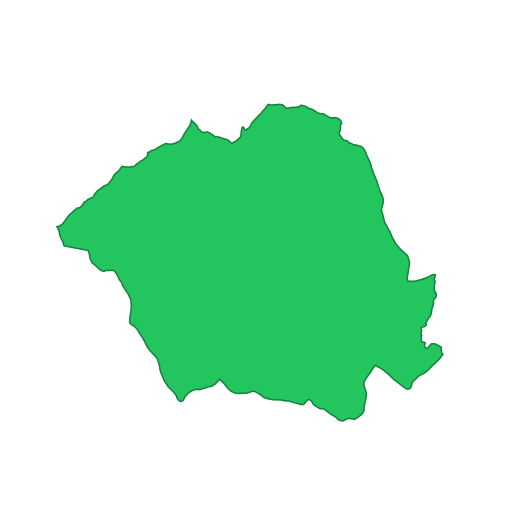 Vetas, Santander, Colombia, rotated 100°
{"feature_id": "7082276B44126561494717", "entity_name": "Vetas", "entity_type": "district", "adm_level": 2, "iso_a3": "COL", "parent_name": "Colombia", "parent_adm1": "Santander", "projection": "mercator", "projection_center": [-72.897, 7.32], "detail": "fine", "context": "isolated", "style": "filled", "palette": "green", "viewbox_px": 512, "rotation_deg": 100, "n_neighbors": 0, "source": "geoboundaries", "source_scale": "gbopen_adm2", "svg_char_len": 6065}
<svg xmlns="http://www.w3.org/2000/svg" viewBox="0 0 512 512"><g transform="rotate(100 256 256)"><path d="M133.5,343.2L137.0,343.3L139.3,343.9L143.2,345.8L145.3,346.5L146.3,347.2L147.5,347.3L148.5,348.0L152.4,349.1L154.7,350.3L156.2,351.4L157.1,352.5L157.2,352.9L158.8,354.8L159.6,356.9L160.6,358.2L160.6,360.2L160.9,361.2L160.9,364.4L166.1,371.3L166.6,371.7L169.4,374.8L169.6,375.8L170.1,376.7L170.2,377.2L170.9,378.1L171.6,378.4L172.5,379.3L172.6,380.5L173.2,380.7L173.8,380.4L176.2,380.4L178.6,381.6L179.1,382.7L180.3,383.3L182.8,386.3L185.7,388.8L186.4,389.8L187.9,390.6L188.9,391.5L189.3,392.5L189.4,393.7L189.7,394.1L189.9,395.0L190.6,396.4L190.8,399.5L191.0,400.5L190.8,402.5L190.9,402.9L191.3,403.5L192.7,404.5L194.0,405.0L196.4,406.3L197.4,407.0L197.7,407.4L197.6,407.7L200.8,409.7L201.4,409.8L202.2,410.3L203.9,410.7L206.0,411.5L208.9,413.1L210.2,413.4L212.7,416.5L212.9,417.3L217.5,421.8L220.3,424.1L222.1,425.0L222.8,425.7L224.6,426.0L226.7,427.0L227.8,429.0L229.6,431.5L230.7,432.1L231.0,432.5L232.2,433.4L232.6,434.4L233.8,435.1L235.4,435.4L235.8,435.8L236.7,435.9L237.3,436.6L239.1,437.7L239.2,438.9L240.0,439.8L239.2,439.4L241.2,441.7L242.6,442.9L246.0,445.3L247.4,446.7L251.1,448.7L254.1,450.0L254.6,450.4L257.0,451.6L257.5,451.6L259.6,453.7L260.9,455.2L261.3,455.9L261.6,457.2L264.1,455.2L267.2,453.6L268.2,453.4L269.4,452.9L272.4,451.1L276.2,448.2L279.1,447.1L279.4,446.1L279.4,444.6L279.7,422.9L280.5,421.7L281.5,421.2L282.9,420.7L284.9,419.6L286.1,419.6L287.2,419.0L290.5,416.7L291.5,415.6L293.7,411.6L296.7,407.2L297.3,405.8L297.5,403.0L296.4,401.1L296.0,400.0L296.0,398.8L295.0,395.9L295.0,394.7L295.3,393.0L296.2,391.8L298.7,389.5L303.2,386.3L304.7,384.3L308.4,382.1L311.4,379.4L315.0,375.8L319.9,372.3L321.7,371.4L324.2,370.8L325.9,370.2L327.1,370.2L329.6,369.7L338.8,369.5L342.2,369.0L343.3,369.0L345.1,367.1L346.5,363.4L348.4,360.8L357.6,352.4L364.6,347.1L366.7,345.0L370.1,340.7L372.2,337.7L374.3,335.4L380.4,332.2L385.9,330.3L394.8,324.6L400.0,319.8L404.7,313.0L406.8,310.8L410.1,308.7L411.7,306.9L412.3,305.6L412.3,304.6L411.5,303.1L409.5,302.1L407.1,301.7L406.4,301.1L403.2,299.2L401.6,297.7L399.3,295.0L398.3,293.3L397.6,290.6L397.4,289.3L397.5,288.4L394.2,282.0L393.3,280.5L392.1,277.3L389.5,274.2L383.5,270.2L385.1,268.5L386.9,265.7L391.5,260.3L393.2,257.8L394.4,254.2L394.7,250.8L392.7,241.3L389.7,235.6L389.7,233.2L390.7,230.3L392.1,227.1L393.8,224.3L394.6,219.6L394.5,217.5L394.6,214.1L393.5,206.9L393.6,202.1L393.1,198.5L393.8,192.7L394.5,184.6L393.3,182.9L389.1,180.5L388.3,179.1L388.3,178.1L389.2,176.2L391.4,174.5L392.9,172.5L395.4,166.2L394.9,164.0L394.9,162.5L396.7,158.8L397.3,157.9L399.1,154.4L399.7,152.4L401.5,148.2L402.7,147.1L403.5,144.1L403.5,142.3L402.8,140.9L400.0,137.3L399.6,133.4L399.9,130.8L397.6,128.0L394.2,124.9L392.1,123.5L389.2,122.8L386.5,123.3L374.6,123.0L370.4,124.1L367.5,125.8L364.3,127.3L361.3,127.7L357.7,126.5L349.8,122.6L345.9,121.2L343.0,119.5L345.6,111.9L349.9,104.3L353.6,99.1L355.4,95.3L358.6,89.4L360.7,85.0L360.8,83.3L359.9,81.6L359.0,80.9L357.9,80.6L352.5,79.8L348.9,76.9L346.8,75.7L344.8,73.5L341.7,69.4L337.7,66.1L332.6,62.8L332.2,62.3L325.8,57.6L323.6,56.4L322.3,56.0L321.2,55.1L320.4,54.8L320.0,55.5L319.3,56.1L318.3,56.6L315.7,57.4L313.7,57.8L313.3,58.2L312.9,59.9L312.5,60.4L312.5,61.1L311.5,63.6L311.4,64.5L311.7,65.6L311.8,67.8L313.9,69.3L315.8,70.2L316.7,70.8L316.9,71.3L317.0,72.3L316.7,73.7L316.3,74.1L315.6,74.5L313.2,74.4L312.3,74.2L311.9,74.5L311.9,77.0L311.1,78.3L308.7,78.8L307.9,79.3L305.3,79.0L304.8,79.1L304.4,79.8L303.2,80.1L300.9,79.9L300.3,80.0L299.2,80.7L298.2,81.0L297.8,80.8L297.2,80.2L296.4,78.1L295.6,77.2L295.3,76.8L294.2,76.2L293.6,76.2L292.8,77.1L292.0,77.1L291.5,77.0L290.8,76.4L290.2,76.4L288.3,75.5L286.8,75.2L285.8,74.2L283.0,73.5L277.2,73.6L274.9,73.0L271.8,73.0L269.3,73.4L268.1,73.4L267.1,72.9L266.0,72.0L264.4,71.5L262.2,71.7L260.8,72.7L259.6,73.9L258.6,74.4L256.2,75.0L254.9,75.1L254.4,75.3L250.7,75.1L249.6,75.4L248.4,76.3L247.7,76.5L243.8,75.9L243.3,76.3L243.2,77.2L244.0,79.1L244.9,80.5L246.5,82.2L249.2,86.7L250.9,90.0L253.2,95.4L253.6,96.5L253.6,97.3L254.1,99.8L254.3,102.3L252.4,103.2L237.5,103.5L234.9,103.8L233.7,104.6L230.6,106.1L229.2,107.0L224.7,114.2L222.1,117.6L219.4,120.8L216.2,123.1L214.6,124.7L208.3,128.6L207.2,129.9L203.6,132.5L200.7,134.9L198.9,135.8L199.1,135.8L192.9,138.5L190.0,140.2L187.7,140.5L184.4,140.3L183.0,140.0L178.8,140.2L177.2,141.0L175.3,141.7L170.5,145.2L161.1,150.1L153.4,155.1L151.5,155.9L150.1,156.9L148.4,157.8L146.7,158.4L142.5,160.9L137.8,164.3L136.1,165.2L133.6,166.9L131.8,168.5L130.4,170.2L129.9,171.4L129.7,174.3L129.4,175.3L129.4,177.6L129.5,179.0L129.3,180.1L128.8,181.1L128.5,183.2L128.1,184.3L126.6,186.5L126.7,189.0L125.3,191.9L123.4,193.2L121.3,195.3L120.7,195.7L118.9,195.0L116.5,194.8L112.3,195.5L111.5,195.3L110.9,194.6L110.6,194.5L109.0,195.9L107.9,195.9L107.6,196.3L106.5,198.6L106.0,200.1L106.1,202.6L107.1,206.5L106.9,206.7L106.3,209.1L104.4,213.8L104.3,215.5L104.6,217.5L104.4,219.8L102.0,225.4L101.6,227.0L101.8,227.4L101.6,228.2L101.5,229.8L100.9,230.7L100.6,231.9L100.2,232.3L99.7,235.4L99.8,238.0L101.9,240.1L102.2,241.0L102.3,242.3L103.0,243.4L103.0,244.5L103.8,247.7L105.0,250.8L104.7,253.1L103.4,254.4L103.1,254.9L102.6,256.5L102.5,257.7L102.5,259.4L103.0,260.5L103.8,264.4L104.7,266.5L104.5,270.0L104.8,270.5L105.2,270.7L109.9,273.0L111.9,274.5L113.8,275.4L116.1,276.8L116.5,277.2L118.7,278.8L119.7,279.3L123.0,281.5L123.9,281.9L125.0,282.8L126.4,283.4L130.1,284.5L130.9,285.1L132.7,287.0L133.8,287.6L133.8,288.3L133.3,289.2L132.3,289.8L131.4,290.7L131.2,291.1L131.2,291.5L132.4,292.0L135.1,292.1L140.7,291.8L141.7,292.2L143.4,293.3L146.4,295.9L148.7,298.8L149.1,299.6L147.5,302.4L146.7,303.5L146.4,304.9L145.9,310.2L145.5,311.6L145.3,313.3L145.4,315.2L145.8,317.1L144.8,318.3L143.8,321.1L143.1,322.1L142.8,324.0L142.4,324.7L142.3,325.8L143.2,328.0L143.5,331.1L142.6,332.2L141.6,333.0L141.6,333.3L140.9,334.7L139.9,335.6L138.4,336.3L137.8,337.0L136.5,338.8L135.7,339.6L134.9,341.2L134.3,342.0L134.3,342.5L133.5,343.2Z" fill="#22c55e" stroke="#15803d" stroke-width="1.5"/></g></svg>